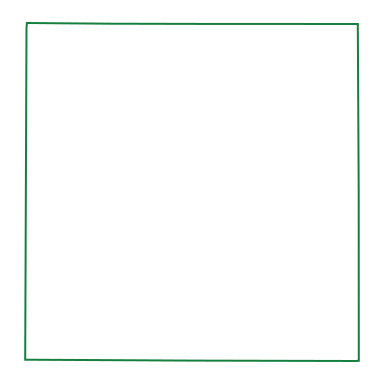 Cass, Iowa, United States of America
{"feature_id": "52423323B96311963855013", "entity_name": "Cass", "entity_type": "district", "adm_level": 2, "iso_a3": "USA", "parent_name": "United States of America", "parent_adm1": "Iowa", "projection": "albers", "projection_center": [-94.938, 41.332], "detail": "fine", "context": "isolated", "style": "outline", "palette": "green", "viewbox_px": 384, "rotation_deg": 0, "n_neighbors": 0, "source": "geoboundaries", "source_scale": "gbopen_adm2", "svg_char_len": 249}
<svg xmlns="http://www.w3.org/2000/svg" viewBox="0 0 384 384"><path d="M26.9,23.0L26.5,28.1L25.2,359.7L192.5,360.6L355.5,361.0L358.8,360.8L358.7,192.5L357.8,24.0L193.3,23.9L109.9,23.7L26.9,23.0Z" fill="none" stroke="#15803d" stroke-width="2"/></svg>